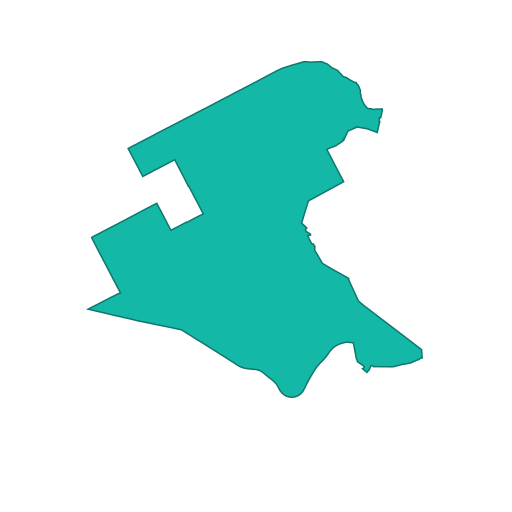 the district of Burnside, South Australia, Australia, rotated 336°
{"feature_id": "25037944B2025658304279", "entity_name": "Burnside", "entity_type": "district", "adm_level": 2, "iso_a3": "AUS", "parent_name": "Australia", "parent_adm1": "South Australia", "projection": "natural_earth1", "projection_center": [138.659, -34.944], "detail": "fine", "context": "isolated", "style": "filled", "palette": "teal", "viewbox_px": 512, "rotation_deg": 336, "n_neighbors": 0, "source": "geoboundaries", "source_scale": "gbopen_adm2", "svg_char_len": 5888}
<svg xmlns="http://www.w3.org/2000/svg" viewBox="0 0 512 512"><g transform="rotate(336 256 256)"><path d="M81.0,236.3L83.0,237.8L86.3,240.3L90.5,243.5L93.6,245.8L94.1,246.2L98.2,249.3L102.8,252.9L107.9,256.6L110.3,258.5L114.0,261.2L119.5,265.4L121.0,266.6L121.9,267.3L125.3,269.7L125.4,269.8L132.3,274.7L136.3,277.6L138.7,279.3L149.1,286.7L153.3,289.8L156.2,291.9L157.8,293.1L158.3,293.7L160.4,296.8L163.5,301.4L164.5,302.9L166.9,306.6L167.9,308.1L170.5,311.8L173.2,315.8L173.9,316.9L177.9,322.8L179.1,324.6L179.7,325.5L181.7,328.5L184.7,333.0L184.8,333.1L186.8,336.1L189.4,340.1L192.5,344.8L192.9,345.3L194.2,347.5L196.6,350.9L197.5,351.6L198.2,352.3L199.1,353.2L199.9,353.8L200.3,354.1L200.8,354.4L201.2,354.7L202.1,355.3L204.4,356.7L205.8,357.5L206.7,358.0L207.8,358.6L208.7,359.0L209.0,359.2L209.6,359.6L210.5,360.2L211.1,360.7L211.4,360.9L212.2,361.6L212.9,362.3L213.2,362.7L213.6,363.2L214.5,364.5L214.8,365.0L215.1,365.5L216.8,369.1L218.5,372.4L219.6,374.5L220.8,376.7L221.2,377.7L221.7,378.7L222.0,379.9L222.4,380.9L222.6,381.9L222.7,383.0L222.9,384.0L222.9,384.6L223.1,387.9L223.4,389.4L223.8,391.1L223.9,391.6L224.4,392.6L224.8,393.5L225.2,394.2L225.4,394.5L226.0,395.3L226.6,396.2L227.1,396.7L227.8,397.3L228.7,398.1L229.5,398.6L230.5,399.2L231.1,399.5L231.8,399.8L232.8,400.1L233.4,400.3L234.4,400.5L235.4,400.7L236.5,400.7L237.0,400.7L238.0,400.7L239.1,400.5L240.7,400.1L241.6,399.8L242.6,399.3L243.2,399.1L243.6,398.8L244.1,398.5L244.5,398.2L244.9,397.9L247.3,396.0L250.6,393.2L253.7,390.8L256.1,389.1L257.4,388.1L259.5,386.6L260.0,386.3L260.9,385.6L261.4,385.4L261.8,385.1L262.2,384.7L263.2,384.1L264.5,383.2L265.4,382.6L266.1,382.3L266.3,382.2L267.3,381.6L267.8,381.3L268.4,381.1L268.8,381.0L269.7,380.5L270.7,380.0L271.3,379.8L273.2,379.1L273.7,378.9L275.7,378.1L276.2,377.9L276.9,377.5L278.7,376.7L279.6,376.2L280.1,375.9L280.5,375.6L281.0,375.4L282.4,374.6L283.3,374.0L284.2,373.4L284.7,373.2L285.0,373.0L287.1,372.0L288.1,371.6L289.1,371.3L289.7,371.1L290.2,371.0L290.8,370.9L291.3,370.8L291.8,370.7L292.3,370.6L292.9,370.5L293.4,370.5L295.0,370.4L296.5,370.4L297.1,370.4L297.6,370.5L298.7,370.6L302.9,371.3L304.9,372.2L308.5,374.2L309.4,374.9L309.4,376.0L306.0,390.2L305.8,394.1L308.6,398.5L309.5,400.0L309.6,400.7L309.6,401.4L309.2,401.8L308.7,402.1L307.4,402.3L310.0,407.5L312.9,406.1L314.3,405.0L315.4,403.8L316.6,403.0L317.9,403.6L318.2,404.8L321.3,406.2L325.7,408.2L336.2,413.0L345.2,414.5L352.4,416.3L353.5,416.6L360.1,416.6L362.7,416.8L364.1,416.4L364.6,416.2L365.1,416.2L365.8,416.6L366.3,416.8L369.2,408.9L350.0,373.7L346.1,366.6L340.9,357.2L339.1,353.8L334.0,344.5L332.4,341.1L331.3,338.8L331.2,332.3L331.0,313.8L331.3,313.8L321.1,300.1L320.3,299.1L315.6,292.5L314.4,290.7L314.0,290.3L313.7,289.8L312.4,277.6L312.1,276.9L312.0,274.7L313.7,271.2L313.2,268.2L311.8,267.3L311.4,258.4L311.9,258.5L314.2,259.1L314.7,258.3L311.9,254.1L311.7,252.1L313.8,251.0L311.9,246.5L311.6,245.8L311.2,244.6L311.0,244.2L311.5,244.0L314.6,240.4L317.6,236.9L318.2,236.2L321.7,232.2L322.4,231.4L325.1,228.3L326.2,227.0L334.2,226.4L366.3,223.8L365.4,209.7L364.8,200.4L364.8,199.9L364.8,199.4L364.2,189.9L364.0,187.9L364.0,187.4L367.7,187.4L373.5,187.8L381.8,186.4L382.4,186.0L383.8,184.8L383.8,185.4L388.2,181.5L390.7,179.3L392.8,179.3L399.4,179.3L399.9,179.3L400.2,178.9L409.5,185.1L417.0,192.5L417.2,192.1L421.4,186.6L423.8,183.5L423.4,182.7L425.1,179.9L426.2,180.4L431.0,173.9L430.9,172.7L428.8,172.2L426.3,170.9L422.6,169.8L421.2,168.4L418.6,167.0L417.8,166.2L416.5,161.8L416.3,158.4L416.6,154.1L417.2,152.0L417.7,149.3L417.7,149.2L418.8,146.9L418.7,144.8L418.9,142.8L418.8,141.9L418.7,141.4L418.3,140.4L418.1,139.4L418.1,138.8L418.1,138.3L416.4,137.2L413.0,132.7L411.3,129.9L408.7,127.6L405.9,119.5L401.9,114.8L399.3,109.7L395.4,105.6L394.4,104.9L393.5,104.6L390.0,103.1L388.2,102.5L384.6,101.1L380.5,98.7L380.2,98.5L379.5,98.3L378.7,98.0L370.1,96.8L366.1,96.2L365.7,96.2L360.4,95.6L356.1,95.2L355.2,95.2L349.8,95.3L348.0,95.5L347.3,95.5L342.3,95.8L328.7,96.8L323.7,97.1L318.9,97.4L315.5,97.6L309.8,98.0L308.3,98.0L305.7,98.2L304.1,98.2L300.9,98.5L299.4,98.6L295.0,98.9L294.6,98.9L292.5,99.0L292.1,99.1L289.4,99.2L286.2,99.4L283.8,99.6L283.1,99.6L278.9,99.9L274.3,100.2L267.5,100.6L266.7,100.6L262.8,100.9L261.3,100.9L255.8,101.3L250.3,101.6L242.1,102.1L238.0,102.4L235.5,102.5L232.6,102.7L228.2,103.0L225.8,103.0L223.9,103.2L221.5,103.3L219.5,103.4L219.3,103.4L216.6,103.6L214.6,103.7L211.3,104.0L209.7,104.1L206.6,104.3L204.2,104.4L202.1,104.6L199.1,104.7L197.5,104.9L194.5,105.0L192.8,105.2L190.1,105.3L188.2,105.4L182.9,105.8L183.1,108.7L183.6,116.3L183.9,121.3L184.1,124.0L184.2,125.5L184.4,128.9L184.4,129.2L184.5,131.2L184.7,133.7L184.9,136.8L184.9,137.3L191.0,136.9L192.9,136.8L195.7,136.6L196.4,136.5L203.3,136.1L205.0,136.0L211.8,135.6L213.0,135.5L220.9,135.0L221.0,137.1L221.3,141.7L221.4,143.0L221.6,147.0L221.8,150.0L222.1,155.0L222.2,156.7L222.4,161.1L222.6,164.9L223.0,164.9L223.0,165.4L223.2,168.0L223.2,168.5L223.3,170.2L223.4,171.3L223.6,174.3L223.6,175.1L223.9,180.2L224.0,180.4L224.0,180.7L224.1,181.8L224.4,187.1L224.4,187.7L224.5,188.3L224.7,191.6L224.7,192.1L224.7,192.5L224.9,194.9L225.0,196.0L222.2,196.2L221.8,196.2L221.3,196.2L217.7,196.4L211.3,196.8L206.3,197.2L206.2,196.8L205.9,196.8L200.4,197.2L188.7,197.9L188.4,193.0L188.2,190.0L188.1,187.1L187.8,182.9L187.5,178.2L187.5,177.2L187.1,172.9L186.8,167.5L182.4,167.7L177.7,168.0L172.7,168.3L168.8,168.6L165.6,168.8L159.7,169.2L153.9,169.6L150.3,169.9L147.8,170.0L146.6,170.1L140.8,170.5L131.8,171.0L124.9,171.4L122.7,171.6L117.0,171.9L113.4,172.2L113.4,174.0L113.6,177.6L113.9,182.9L114.3,189.0L114.5,193.0L114.7,195.0L114.8,197.2L115.0,200.4L115.2,202.9L115.3,205.1L115.6,210.1L115.9,214.3L116.1,218.6L116.5,223.7L116.8,228.8L117.1,234.0L117.3,234.7L114.6,234.4L109.5,234.7L106.8,234.8L101.7,235.1L93.7,235.6L86.5,235.9L81.0,236.3Z" fill="#14b8a6" stroke="#0f766e" stroke-width="1.5"/></g></svg>